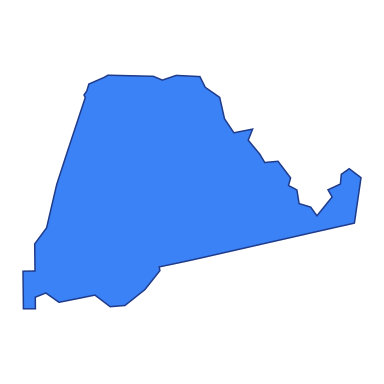 Ascension, Louisiana, United States of America
{"feature_id": "52423323B72643453207653", "entity_name": "Ascension", "entity_type": "district", "adm_level": 2, "iso_a3": "USA", "parent_name": "United States of America", "parent_adm1": "Louisiana", "projection": "mercator", "projection_center": [-90.876, 30.204], "detail": "fine", "context": "isolated", "style": "filled", "palette": "blue", "viewbox_px": 384, "rotation_deg": 0, "n_neighbors": 0, "source": "geoboundaries", "source_scale": "gbopen_adm2", "svg_char_len": 728}
<svg xmlns="http://www.w3.org/2000/svg" viewBox="0 0 384 384"><path d="M354.4,223.1L361.0,177.7L349.2,168.7L341.3,174.3L340.4,184.0L328.0,189.8L332.1,197.0L316.9,215.8L310.7,207.1L299.1,203.6L296.9,190.0L288.5,185.5L290.6,177.9L278.0,161.3L264.7,162.5L259.8,154.2L248.2,140.2L252.6,129.1L233.9,132.8L224.5,118.8L219.7,97.4L205.3,87.4L199.9,76.6L176.2,75.4L162.4,80.1L153.3,76.3L107.9,75.2L104.1,77.4L88.9,84.0L86.8,90.9L84.0,95.0L85.3,97.5L67.1,152.5L56.7,184.5L46.6,227.8L34.7,243.9L35.0,271.0L23.0,271.2L23.4,308.8L35.4,308.8L35.3,297.2L45.8,293.0L59.0,302.3L94.9,295.1L110.2,306.7L124.9,305.5L144.9,289.6L159.9,270.6L159.2,266.9L192.3,259.9L307.4,233.7L354.4,223.1Z" fill="#3b82f6" stroke="#1e3a8a" stroke-width="1.5"/></svg>